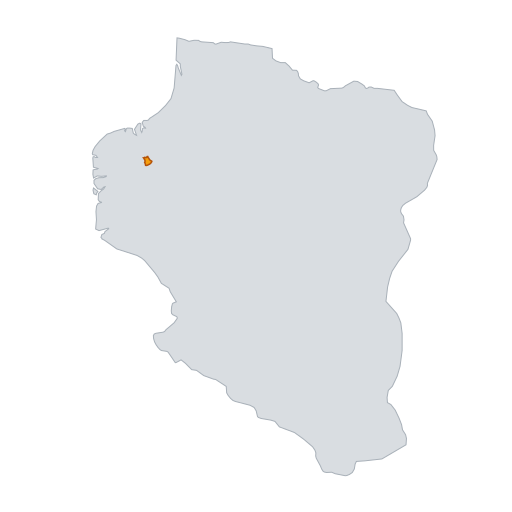 Ukwuani, Delta, Nigeria (highlighted), rotated 95°
{"feature_id": "59680162B21365932465956", "entity_name": "Ukwuani", "entity_type": "district", "adm_level": 2, "iso_a3": "NGA", "parent_name": "Nigeria", "parent_adm1": "Delta", "projection": "mercator", "projection_center": [6.243, 5.847], "detail": "fine", "context": "in_parent", "style": "filled", "palette": "amber", "viewbox_px": 512, "rotation_deg": 95, "n_neighbors": 0, "source": "geoboundaries", "source_scale": "gbopen_adm2", "svg_char_len": 4721}
<svg xmlns="http://www.w3.org/2000/svg" viewBox="0 0 512 512"><g transform="rotate(95 256 256)"><path d="M431.0,90.1L447.2,112.9L450.6,129.8L451.9,138.1L454.6,139.1L459.6,139.5L463.3,141.2L465.5,143.9L466.8,146.5L467.1,148.0L466.0,158.1L464.8,161.8L465.5,166.7L465.3,168.8L464.7,170.3L462.5,172.0L459.4,173.6L452.1,178.4L450.0,179.1L446.9,179.2L444.3,180.4L441.1,183.0L434.3,192.6L428.5,202.3L424.2,217.8L419.1,222.7L418.2,227.0L417.4,236.7L416.6,239.6L415.8,240.5L410.3,242.3L407.1,244.6L405.2,249.0L402.7,263.9L401.9,266.4L400.1,268.9L397.2,271.7L394.8,273.3L388.5,274.3L382.5,285.5L382.4,287.5L379.7,297.6L375.1,305.3L374.8,310.2L369.0,317.0L366.0,321.6L369.1,326.3L369.3,327.1L359.4,335.2L358.8,336.4L358.4,342.0L357.6,343.5L355.7,345.6L353.1,347.8L350.3,349.6L347.2,350.8L344.3,351.3L342.6,350.6L341.7,348.9L340.0,342.0L339.2,340.5L337.2,339.2L329.6,331.7L324.9,329.0L323.9,329.2L323.2,329.9L321.8,333.7L320.6,335.1L318.1,335.6L313.9,335.6L310.8,335.1L310.1,334.4L308.6,331.4L299.1,338.3L295.7,339.8L291.5,347.9L285.5,351.9L281.3,355.5L270.3,366.5L268.0,369.8L265.8,374.6L261.1,395.3L253.5,408.3L252.4,411.0L252.0,411.0L251.0,412.1L248.0,411.4L246.7,409.0L244.9,408.6L241.7,405.1L241.1,405.6L244.4,414.6L243.1,418.1L233.8,418.1L225.7,419.3L220.2,419.2L217.4,417.9L216.2,414.6L215.7,414.9L215.4,416.7L213.7,418.1L207.5,418.4L204.7,416.1L202.5,413.6L200.1,412.4L200.5,413.5L203.2,416.0L202.9,419.6L197.9,423.7L194.7,424.0L192.8,422.2L191.7,419.3L191.2,414.9L189.9,412.1L189.2,412.1L190.1,416.8L190.1,421.2L192.5,424.6L188.8,425.6L184.5,425.8L183.9,424.5L183.3,421.7L182.6,420.9L181.7,425.7L172.7,427.1L171.4,426.9L171.1,426.0L171.8,424.6L171.7,422.5L169.7,424.2L169.3,427.5L168.2,428.0L164.8,427.5L161.0,425.8L155.0,421.7L147.5,414.9L146.3,411.8L144.2,408.1L140.3,397.8L141.0,397.3L142.7,397.9L143.5,396.9L140.4,396.2L139.8,395.4L139.6,393.2L139.7,390.4L144.4,388.9L145.5,387.2L146.2,385.5L140.4,388.1L134.9,385.2L133.8,383.4L134.3,382.1L140.6,382.0L142.9,380.6L141.5,380.2L139.1,380.2L138.2,379.3L138.3,377.2L137.5,377.7L136.5,379.6L132.8,381.0L130.7,379.6L130.5,376.5L130.0,375.1L128.2,374.0L121.8,365.9L113.8,359.1L106.6,354.4L95.8,352.2L73.2,352.3L71.9,351.6L73.3,350.6L75.3,349.9L82.6,346.1L81.4,345.6L73.8,347.9L71.2,348.2L67.9,352.7L45.6,353.7L45.7,351.6L46.7,345.6L48.0,341.5L46.5,336.5L46.2,332.0L47.1,330.5L47.4,328.8L47.2,317.2L48.4,315.4L48.4,314.3L46.1,309.3L46.1,305.5L45.7,301.8L44.9,300.1L45.8,285.8L45.5,282.3L46.2,279.8L46.6,273.7L46.6,267.6L48.0,258.1L57.6,256.8L59.9,253.1L61.2,248.4L60.8,243.7L63.9,239.6L67.7,235.9L67.5,231.9L68.5,230.7L70.3,229.8L72.9,229.3L75.7,227.3L77.3,223.8L78.8,218.2L76.4,214.4L76.4,213.5L77.4,211.4L78.9,209.3L80.1,208.6L82.8,209.2L83.7,208.3L85.5,202.2L85.3,200.5L82.8,196.4L81.3,185.2L80.6,183.7L78.6,181.7L73.3,173.8L73.3,170.0L75.6,165.3L77.1,162.9L79.1,161.6L79.5,160.5L78.9,159.2L77.9,158.2L77.6,156.0L78.7,153.0L78.4,149.7L78.9,132.8L83.2,129.4L89.5,123.9L92.7,118.1L94.5,113.7L96.6,99.1L99.9,97.5L106.3,92.2L114.9,89.1L120.5,88.1L130.3,88.7L135.3,88.2L139.5,85.3L141.4,84.5L144.1,84.0L168.6,91.6L170.8,91.3L172.7,91.8L175.7,93.8L182.9,100.9L190.5,111.8L192.9,114.2L195.2,115.4L197.6,115.9L199.4,115.7L201.2,114.7L203.5,112.6L207.1,111.7L210.1,111.9L225.3,103.5L226.8,103.4L236.1,105.2L248.9,113.6L259.3,119.1L266.6,120.9L275.3,122.2L289.9,122.6L301.0,110.8L305.1,108.3L310.0,105.9L320.3,103.7L337.4,102.2L353.4,102.9L363.4,104.9L373.9,108.8L378.4,112.5L385.5,113.1L390.6,112.3L392.2,108.7L397.4,103.9L405.0,99.4L411.3,96.3L416.4,94.9L421.0,91.4L424.7,90.2L431.0,90.1ZM208.1,423.0L204.6,424.1L202.4,423.8L205.5,419.1L207.0,420.1L209.0,420.5L208.1,423.0Z" fill="#d9dde1" stroke="#a8b0b8" stroke-width="1"/><path d="M168.0,376.6L168.2,376.3L168.4,376.2L168.5,376.2L168.8,376.1L169.1,375.8L169.3,375.7L169.4,375.3L169.7,375.2L169.9,375.2L170.2,375.1L170.4,375.0L170.7,374.9L170.9,374.9L171.0,374.8L171.3,374.8L171.5,374.8L171.8,374.8L172.2,375.0L172.5,375.1L172.8,374.8L173.1,374.7L173.7,374.4L174.4,374.1L174.7,374.1L175.0,374.0L175.3,373.9L175.3,373.7L175.4,373.4L175.4,373.2L175.3,372.9L175.2,372.6L175.1,372.4L175.0,372.1L174.9,371.8L174.4,371.1L174.3,370.9L174.2,370.8L174.0,370.5L174.0,370.4L173.9,370.1L173.7,369.9L173.4,369.6L173.1,369.3L172.8,369.0L172.6,368.9L172.2,368.6L171.7,368.3L171.4,368.2L171.1,368.1L170.9,368.0L170.7,368.0L170.3,368.7L170.2,369.1L170.1,369.3L169.8,369.8L169.5,370.1L169.4,370.2L169.3,370.4L169.2,370.5L168.9,370.7L168.4,371.0L168.0,371.3L167.8,371.6L167.4,371.9L167.1,372.1L166.8,372.3L166.7,372.3L166.3,372.5L166.4,373.1L166.9,373.4L167.2,373.3L167.4,373.6L167.4,373.8L167.5,374.0L167.4,374.3L167.5,374.5L167.5,374.8L167.6,375.1L167.4,375.5L167.8,376.1L168.0,376.6Z" fill="#f59e0b" stroke="#b45309" stroke-width="1.5"/></g></svg>